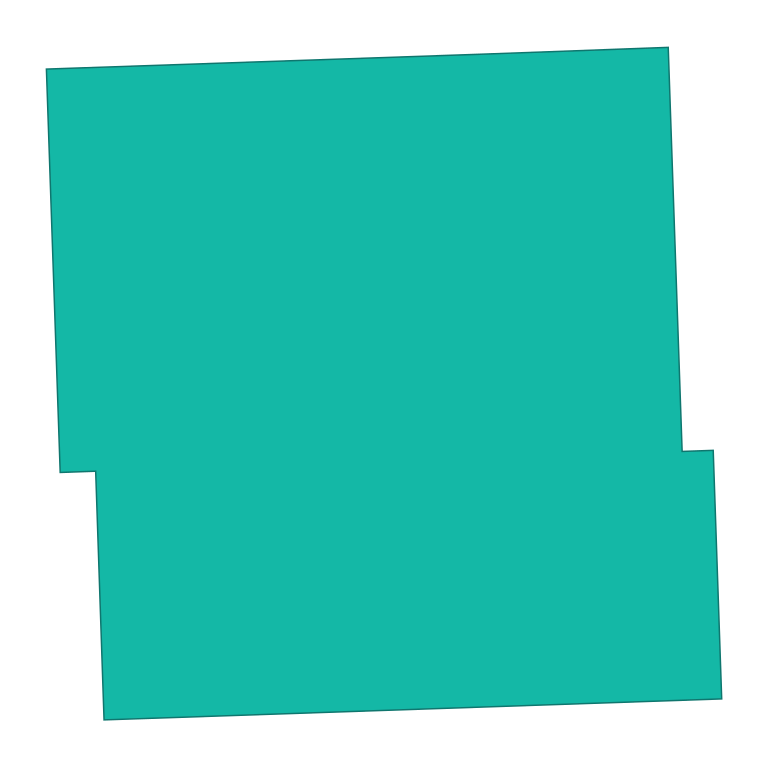 Rolette, North Dakota, United States of America, rotated 358°
{"feature_id": "52423323B96885116348169", "entity_name": "Rolette", "entity_type": "district", "adm_level": 2, "iso_a3": "USA", "parent_name": "United States of America", "parent_adm1": "North Dakota", "projection": "mercator", "projection_center": [-99.803, 48.772], "detail": "fine", "context": "isolated", "style": "filled", "palette": "teal", "viewbox_px": 768, "rotation_deg": 358, "n_neighbors": 0, "source": "geoboundaries", "source_scale": "gbopen_adm2", "svg_char_len": 304}
<svg xmlns="http://www.w3.org/2000/svg" viewBox="0 0 768 768"><g transform="rotate(358 384 384)"><path d="M679.8,57.5L678.7,57.5L492.2,57.8L73.0,57.5L57.6,57.5L57.3,461.1L92.8,461.1L92.5,709.9L710.5,710.5L710.7,461.8L679.6,461.8L679.8,57.5Z" fill="#14b8a6" stroke="#0f766e" stroke-width="1.5"/></g></svg>